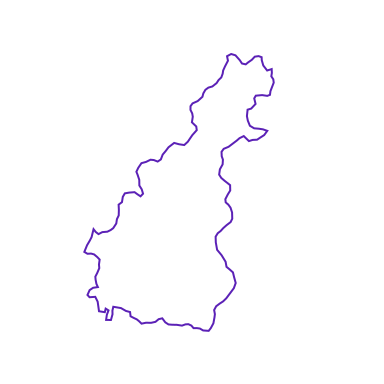 outline of Rialma, Goiás, Brazil, rotated 23°
{"feature_id": "56859067B97969314154614", "entity_name": "Rialma", "entity_type": "district", "adm_level": 2, "iso_a3": "BRA", "parent_name": "Brazil", "parent_adm1": "Goiás", "projection": "albers", "projection_center": [-49.534, -15.316], "detail": "fine", "context": "isolated", "style": "outline", "palette": "violet", "viewbox_px": 384, "rotation_deg": 23, "n_neighbors": 0, "source": "geoboundaries", "source_scale": "gbopen_adm2", "svg_char_len": 2634}
<svg xmlns="http://www.w3.org/2000/svg" viewBox="0 0 384 384"><g transform="rotate(23 192 192)"><path d="M116.3,289.2L119.9,289.7L123.2,288.1L126.3,287.7L130.2,288.9L133.4,290.3L134.7,295.1L136.4,298.3L136.4,303.7L136.1,307.7L137.6,310.5L139.9,313.9L142.5,316.3L138.4,318.8L136.1,322.3L136.0,327.6L138.8,328.9L143.9,326.3L148.0,329.8L153.0,338.1L158.7,336.7L158.1,333.1L161.4,333.6L161.6,338.3L162.9,343.3L167.4,341.5L166.6,335.6L165.1,332.3L164.4,328.4L172.0,326.6L177.7,327.3L181.9,326.7L184.0,330.4L187.8,330.7L190.9,330.8L193.7,331.6L197.0,332.9L200.6,330.4L205.6,328.3L209.1,325.8L211.0,322.1L214.0,319.9L218.3,322.4L222.1,323.1L225.7,321.9L229.9,320.2L235.0,318.9L237.7,316.4L240.3,315.1L243.6,315.2L246.6,316.7L249.6,315.4L252.6,314.6L256.3,315.1L261.6,313.3L262.5,309.9L263.0,304.5L261.7,298.7L260.8,295.5L258.5,292.0L258.9,287.7L261.1,283.9L263.4,280.5L265.1,276.4L267.0,268.7L268.1,264.2L267.8,258.7L264.0,253.9L261.1,250.0L256.7,248.5L253.0,247.4L250.2,243.1L243.9,238.6L237.7,235.4L233.6,229.1L231.2,223.9L231.8,219.9L233.6,216.7L234.9,213.0L236.8,209.0L239.3,204.6L239.5,200.9L236.9,195.2L233.6,191.4L230.5,189.5L227.1,188.4L225.5,185.6L225.9,180.3L226.6,175.7L224.4,170.8L217.8,169.0L213.4,167.6L210.2,165.4L208.8,160.2L209.4,154.6L207.8,150.1L205.4,147.5L203.5,143.5L204.3,139.9L208.0,136.1L213.1,127.2L214.7,123.9L217.8,120.3L224.5,122.9L227.4,120.4L231.5,118.4L233.6,115.2L236.2,111.4L237.4,106.3L232.8,106.6L228.9,107.6L224.3,109.1L219.4,108.4L215.5,104.5L212.9,100.7L211.0,94.5L213.9,92.1L216.1,86.1L212.7,81.5L213.1,78.4L218.7,75.4L223.7,74.1L225.8,72.1L224.8,68.5L224.5,59.4L222.8,56.5L219.8,54.5L219.0,51.2L217.3,47.7L213.7,50.8L208.2,47.7L204.7,43.4L203.4,40.7L200.2,40.9L196.9,42.9L195.4,47.0L193.0,50.8L191.6,53.5L187.8,54.2L184.5,52.0L178.6,49.2L174.1,49.7L171.2,53.3L173.8,57.1L173.3,63.6L173.2,68.0L174.0,71.1L174.2,75.1L172.7,78.6L172.1,82.1L169.5,86.9L166.3,89.5L164.4,92.7L163.9,96.8L164.4,100.3L161.7,106.1L157.9,110.2L157.1,113.6L158.5,117.0L161.5,119.6L163.3,122.4L164.7,127.9L170.3,130.0L172.2,133.2L170.1,139.4L169.2,143.8L168.5,147.4L166.5,151.8L161.5,153.1L156.4,153.8L152.9,160.0L151.7,164.8L150.4,169.0L150.6,174.2L148.5,177.4L144.4,177.5L141.2,178.5L137.9,182.3L134.2,185.2L133.1,190.7L132.9,195.1L135.1,197.3L138.7,201.4L141.0,206.6L144.7,209.2L147.6,212.7L146.3,216.1L142.6,215.4L139.2,214.6L134.4,217.1L130.7,219.5L130.2,223.5L131.5,228.7L129.4,232.3L131.7,237.1L133.7,242.2L133.5,246.3L134.6,250.6L133.6,256.1L132.0,258.8L129.6,261.6L125.1,264.0L122.4,267.3L119.0,266.4L115.9,264.7L117.2,272.8L116.9,276.7L116.2,282.0L116.3,289.2Z" fill="none" stroke="#5b21b6" stroke-width="2"/></g></svg>